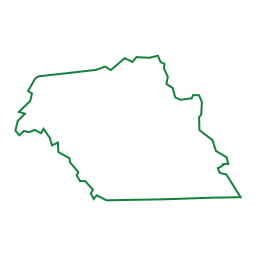 Macon, North Carolina, United States of America (Robinson projection)
{"feature_id": "52423323B76161354561754", "entity_name": "Macon", "entity_type": "district", "adm_level": 2, "iso_a3": "USA", "parent_name": "United States of America", "parent_adm1": "North Carolina", "projection": "robinson", "projection_center": [-83.41, 35.162], "detail": "fine", "context": "isolated", "style": "outline", "palette": "green", "viewbox_px": 256, "rotation_deg": 0, "n_neighbors": 0, "source": "geoboundaries", "source_scale": "gbopen_adm2", "svg_char_len": 992}
<svg xmlns="http://www.w3.org/2000/svg" viewBox="0 0 256 256"><path d="M36.2,77.7L34.8,79.1L28.1,91.0L32.0,93.5L30.2,100.9L18.9,111.9L25.0,113.7L17.7,121.0L15.4,130.7L19.4,135.3L23.8,131.0L29.3,132.1L34.6,129.9L41.1,133.2L43.4,128.8L49.8,137.9L52.0,145.4L57.9,142.5L58.4,152.1L69.5,158.3L70.1,162.4L78.3,172.1L76.7,175.4L80.0,181.0L85.1,181.1L92.9,189.7L90.8,193.5L93.7,199.0L96.7,195.3L106.6,200.3L164.0,199.3L211.4,197.7L240.6,197.2L226.3,174.4L220.9,173.2L220.5,173.0L220.0,172.8L219.9,172.7L219.6,172.6L217.8,168.1L220.6,166.9L221.1,166.3L222.9,165.4L223.0,164.1L224.8,164.1L226.2,163.8L228.1,164.1L228.2,163.8L226.6,157.3L215.9,150.9L212.5,140.1L199.4,130.1L199.1,117.1L201.2,114.7L201.9,102.1L199.1,95.3L193.1,95.1L191.7,98.3L180.3,99.8L175.2,97.3L172.6,87.9L166.4,84.0L167.8,76.8L164.0,68.3L164.5,63.9L160.7,62.1L157.9,55.7L149.1,57.8L136.5,57.1L132.5,61.9L124.7,58.2L110.8,70.1L105.3,66.6L96.3,69.8L95.9,69.9L38.8,76.3L36.2,77.7Z" fill="none" stroke="#15803d" stroke-width="2"/></svg>